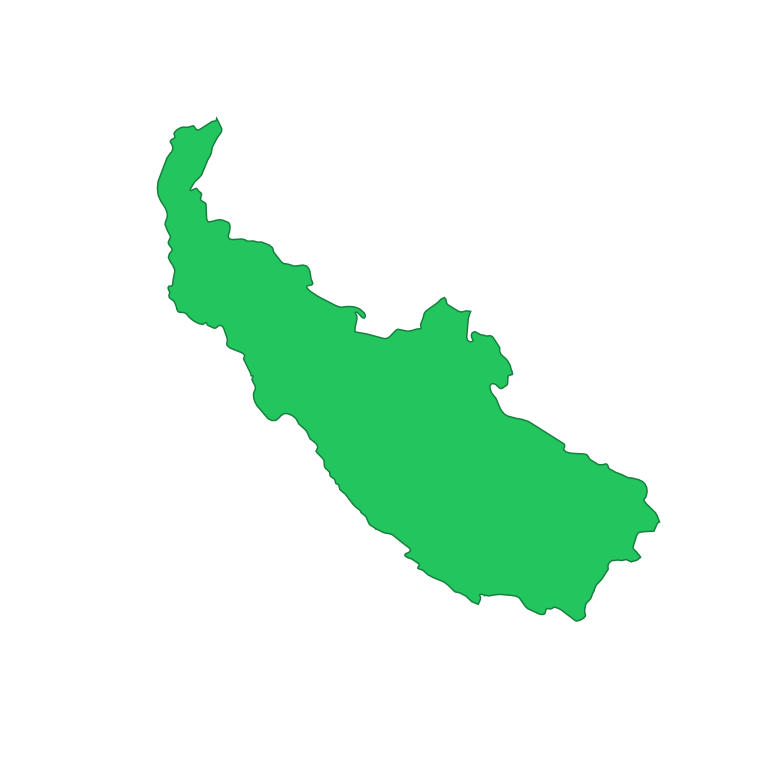 outline of Sagaing, rotated 301°
{"feature_id": "MMR-3302", "entity_name": "Sagaing", "entity_type": "Division", "adm_level": 1, "iso_a3": "MMR", "parent_name": "Myanmar", "parent_adm1": "", "projection": "robinson", "projection_center": [95.526, 24.485], "detail": "fine", "context": "isolated", "style": "filled", "palette": "green", "viewbox_px": 768, "rotation_deg": 301, "n_neighbors": 0, "source": "natural_earth", "source_scale": "10m", "svg_char_len": 6140}
<svg xmlns="http://www.w3.org/2000/svg" viewBox="0 0 768 768"><g transform="rotate(301 384 384)"><path d="M491.3,74.8L494.7,75.4L497.9,77.0L499.5,78.2L500.7,79.5L502.6,83.0L503.7,84.3L506.6,87.0L507.2,87.8L505.6,91.7L505.6,93.4L507.7,95.2L520.4,101.4L522.6,103.9L523.6,104.3L525.5,103.8L519.3,113.4L517.0,114.6L515.7,114.8L508.7,114.2L498.5,114.9L492.8,117.0L490.5,117.4L485.6,117.5L469.6,119.9L466.3,119.5L459.7,117.6L451.6,117.6L450.2,118.1L450.3,118.9L454.7,121.9L455.2,122.7L454.0,125.5L453.5,129.0L452.7,129.9L448.9,131.1L447.7,131.8L447.1,132.6L447.1,137.4L446.5,138.8L434.7,146.6L433.1,148.2L432.6,149.6L433.3,151.1L436.1,154.2L438.0,155.8L440.5,159.0L441.5,162.2L442.3,167.5L441.6,169.0L440.1,170.7L437.7,172.0L435.3,173.0L430.2,174.4L429.0,176.3L429.2,178.5L429.6,179.5L434.6,186.7L435.5,188.6L436.0,190.3L436.1,193.0L436.5,194.1L439.3,198.3L440.5,202.6L442.6,205.9L444.0,214.2L443.5,217.8L442.0,219.9L440.4,221.2L435.8,233.1L435.6,234.9L435.7,236.2L437.4,240.3L438.5,245.2L439.2,246.9L444.2,253.3L445.2,256.5L444.8,258.6L443.8,260.7L442.0,262.8L436.6,267.3L434.0,270.8L433.3,271.2L432.4,271.3L431.6,270.9L428.8,267.8L428.2,267.5L427.5,267.7L426.5,268.9L425.5,273.2L425.1,282.6L426.4,302.7L427.4,307.2L432.1,313.5L434.1,317.3L435.2,320.3L435.7,323.8L435.6,325.8L434.8,330.2L433.7,332.1L432.1,333.3L430.5,333.2L430.0,332.6L429.8,330.5L430.8,327.8L431.6,324.3L431.4,323.1L430.5,322.6L430.1,322.9L428.4,325.6L425.7,327.4L419.0,329.6L415.7,331.0L413.8,332.4L418.0,343.4L422.7,359.8L423.7,362.0L425.8,363.8L427.4,364.5L436.1,366.5L438.1,367.7L441.5,377.2L444.0,380.2L447.8,383.6L450.3,386.9L451.2,386.9L453.4,385.0L454.4,384.6L460.2,383.6L465.0,382.2L467.8,382.3L481.3,388.0L486.1,389.2L489.2,391.3L488.4,393.5L485.8,395.8L485.1,396.9L484.8,398.0L484.7,409.3L485.0,411.8L485.9,413.7L489.0,416.8L490.9,420.9L487.1,421.5L483.2,422.7L466.9,430.7L465.5,431.9L464.6,433.1L464.3,434.6L464.6,436.0L465.7,437.6L466.5,438.0L467.3,437.8L469.1,435.1L470.7,433.8L472.4,433.3L473.5,433.5L474.5,433.9L475.6,435.0L475.8,435.8L476.0,441.4L477.1,444.1L477.9,447.2L480.1,450.1L480.4,452.4L480.1,453.5L475.0,464.1L474.2,464.9L472.6,465.6L471.5,466.5L469.3,469.6L469.4,470.5L468.8,472.7L468.7,474.4L467.5,478.1L465.3,482.0L464.1,483.5L462.6,484.8L460.1,488.0L458.3,489.2L455.5,486.5L454.5,486.5L453.0,487.0L448.8,489.4L446.5,489.9L441.5,487.7L440.6,486.9L440.1,485.9L440.1,484.5L441.1,480.3L441.0,478.9L440.2,476.7L439.1,475.9L438.3,475.8L436.2,476.0L433.9,478.2L431.8,480.8L429.3,487.5L423.6,495.1L421.6,498.5L420.2,502.9L420.2,506.6L422.8,515.5L424.6,520.0L426.3,527.1L425.4,568.5L425.2,569.5L424.5,570.5L423.4,571.1L421.3,571.3L420.4,571.7L419.5,575.1L421.0,580.0L427.3,592.0L427.8,594.3L427.1,596.3L425.9,598.3L425.4,600.4L425.3,609.0L426.0,610.9L427.7,613.2L429.9,615.5L430.0,616.4L429.3,618.0L427.8,619.7L427.4,620.9L427.6,627.9L428.8,634.2L429.4,641.5L431.1,644.9L433.2,651.8L433.5,655.8L432.6,659.4L430.7,662.3L428.1,664.4L426.3,665.4L422.9,666.5L420.7,666.6L418.9,666.1L418.0,667.1L416.6,669.9L413.5,682.9L412.0,685.6L407.6,691.3L407.0,690.6L404.9,690.1L396.9,691.2L391.1,682.6L388.0,679.1L386.5,678.5L384.4,678.6L372.6,681.4L371.1,682.6L370.1,687.1L368.8,690.2L368.8,690.9L367.6,693.2L363.8,691.8L362.1,690.7L360.2,688.5L358.9,687.6L358.3,682.1L355.0,678.5L353.4,674.8L350.7,671.5L349.9,670.1L346.1,669.0L343.2,669.7L340.7,671.6L328.5,671.2L321.3,669.5L317.1,669.9L315.4,670.5L311.6,670.8L306.5,671.7L300.5,670.4L298.8,670.5L293.9,672.3L292.0,673.4L289.9,675.6L288.4,676.2L286.9,675.9L285.0,675.2L282.6,673.7L280.9,672.2L280.1,671.3L279.7,670.0L281.6,652.3L281.5,649.1L280.6,645.2L279.9,644.3L278.8,644.0L276.9,642.6L275.4,639.3L273.6,639.1L270.8,640.1L268.9,639.7L267.4,637.5L266.8,635.5L265.5,623.0L265.7,621.5L266.5,618.9L270.1,610.8L270.5,609.3L270.0,605.8L267.4,599.9L263.2,591.4L259.2,586.2L256.8,583.6L255.9,581.9L255.4,580.2L254.3,579.2L254.5,577.5L253.6,575.0L252.2,574.6L250.9,576.6L249.0,577.6L243.7,578.3L242.6,571.3L244.4,563.5L244.0,556.4L242.5,552.2L242.6,550.9L244.6,542.4L245.1,538.1L245.0,535.9L243.4,525.7L243.1,520.0L244.3,513.8L244.2,512.0L243.3,508.1L244.3,507.4L246.6,507.6L247.4,507.1L247.8,506.3L248.3,498.2L247.4,494.1L247.4,490.9L248.0,490.0L249.5,489.9L252.5,492.0L254.8,492.5L255.9,491.5L256.5,490.0L257.3,482.1L259.1,469.0L258.6,466.2L256.9,461.9L256.4,460.0L255.9,453.0L255.3,451.9L255.6,451.5L255.9,449.4L255.9,444.9L256.8,442.7L261.1,436.7L261.9,431.0L262.3,430.0L263.3,428.7L264.0,423.0L265.1,418.9L269.7,407.5L270.4,402.1L270.9,400.4L274.1,397.2L274.0,393.8L276.1,391.7L277.0,390.4L277.2,386.1L277.8,384.8L280.3,383.0L281.6,377.5L282.3,375.9L283.4,374.8L287.5,372.0L288.7,369.5L290.6,362.1L291.4,360.4L295.0,360.0L296.3,359.2L297.4,357.7L298.1,355.8L299.0,348.7L302.7,343.4L304.2,340.6L305.9,331.4L307.4,329.2L309.2,325.9L309.7,321.3L309.0,316.9L307.4,313.8L304.1,312.1L300.4,311.3L297.1,310.0L294.9,306.7L294.6,302.3L300.0,286.3L302.1,282.7L304.7,279.7L307.8,277.5L309.5,276.8L312.7,276.4L314.4,275.8L316.1,274.4L318.5,270.3L319.8,268.6L320.6,268.2L322.4,268.2L323.3,267.7L323.4,267.3L322.6,266.2L322.7,265.7L324.3,264.4L332.6,251.5L333.3,250.7L336.2,250.0L337.0,249.4L337.6,247.5L337.4,245.1L335.6,234.0L335.7,231.9L336.3,229.6L337.3,228.6L340.8,227.2L342.3,226.1L349.1,218.0L350.2,215.8L350.1,213.6L348.9,212.3L345.6,211.1L344.4,210.0L343.5,202.8L345.0,200.2L344.6,199.4L342.4,198.5L341.7,197.8L340.5,194.5L340.1,190.3L340.3,186.0L340.9,182.6L342.2,179.0L342.4,177.4L342.0,175.3L340.2,171.8L340.0,170.1L341.3,168.0L342.7,166.8L345.4,163.6L346.4,161.9L346.9,160.7L347.3,156.2L347.6,155.4L348.5,154.5L349.3,154.0L352.3,153.1L354.3,150.2L355.2,149.4L356.9,149.1L358.3,151.4L360.3,151.6L365.4,149.3L372.4,146.8L374.1,145.8L376.8,142.1L378.9,137.6L381.4,134.0L385.2,133.0L389.2,133.5L390.7,132.6L392.7,127.9L393.7,126.5L395.2,125.9L399.4,125.4L400.6,124.9L403.9,119.4L407.9,114.2L410.3,113.2L415.5,112.2L418.0,110.8L420.6,108.2L422.6,105.1L425.9,98.3L429.5,93.2L435.0,89.0L441.3,86.0L465.7,81.6L471.8,81.9L473.2,82.4L475.1,82.3L477.1,81.6L478.5,80.8L480.3,78.4L481.1,76.6L482.1,75.7L484.6,76.2L486.7,77.6L487.8,77.6L488.7,77.0L490.3,75.2L491.3,74.8Z" fill="#22c55e" stroke="#15803d" stroke-width="1.5"/></g></svg>